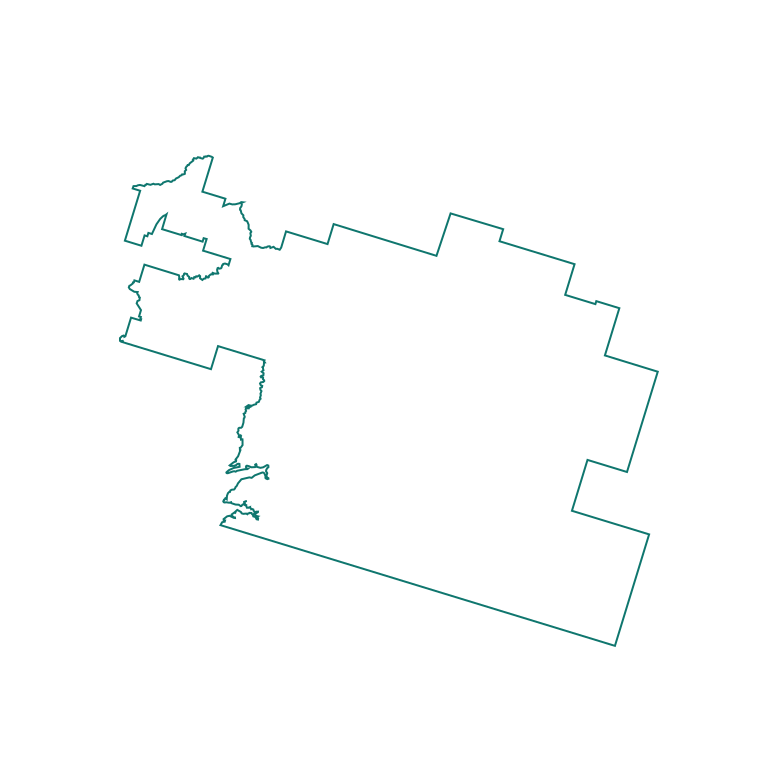 outline of Victoria Daly, Northern Territory, Australia, rotated 287°
{"feature_id": "25037944B16072859725230", "entity_name": "Victoria Daly", "entity_type": "district", "adm_level": 2, "iso_a3": "AUS", "parent_name": "Australia", "parent_adm1": "Northern Territory", "projection": "mercator", "projection_center": [130.631, -15.929], "detail": "fine", "context": "isolated", "style": "outline", "palette": "teal", "viewbox_px": 768, "rotation_deg": 287, "n_neighbors": 0, "source": "geoboundaries", "source_scale": "gbopen_adm2", "svg_char_len": 6143}
<svg xmlns="http://www.w3.org/2000/svg" viewBox="0 0 768 768"><g transform="rotate(287 384 384)"><path d="M201.1,681.4L317.7,681.5L317.7,600.8L370.9,600.8L370.9,642.1L475.8,642.2L475.9,586.9L525.3,586.9L525.3,562.8L522.2,562.8L522.2,531.2L554.3,531.2L554.3,452.7L566.9,452.7L566.6,397.8L521.9,396.7L522.2,289.1L501.3,289.1L501.3,245.7L484.4,245.8L481.9,245.0L482.1,242.4L481.6,241.0L482.9,238.3L480.9,235.6L482.2,234.7L482.2,234.0L481.3,232.3L480.3,231.7L479.9,230.3L478.7,228.6L478.4,226.6L479.0,223.0L477.3,218.8L477.5,218.5L477.3,217.7L478.8,217.4L479.3,216.2L480.3,216.4L481.0,215.3L482.8,214.3L483.6,213.2L485.0,213.0L486.8,213.3L489.2,212.1L490.7,212.6L491.8,211.5L492.9,209.1L496.7,208.0L499.0,206.1L499.7,205.3L499.9,202.9L501.0,202.5L502.5,200.6L504.2,200.2L505.5,197.8L508.2,196.2L508.5,195.4L510.2,195.0L512.1,195.7L514.0,195.6L515.3,194.5L516.5,195.9L516.2,194.3L514.7,193.1L512.4,189.3L511.4,186.4L511.3,183.4L507.0,178.2L514.8,178.2L514.8,154.1L550.5,154.1L550.9,152.8L551.0,149.6L550.6,148.8L549.6,148.1L549.7,147.2L549.1,146.7L548.9,145.6L547.0,145.2L546.5,144.7L546.4,142.2L546.8,141.7L546.4,141.0L546.5,139.8L544.7,138.7L544.4,136.2L542.7,135.7L542.5,136.2L541.9,136.3L538.2,133.7L536.4,133.3L536.0,132.2L535.0,132.1L534.2,131.5L532.3,131.1L530.9,132.2L529.2,131.3L526.8,132.1L525.9,131.1L525.4,129.6L524.4,129.4L523.6,128.2L521.7,127.2L519.7,125.0L517.7,124.2L516.8,122.5L515.3,121.8L514.9,120.7L515.1,118.7L514.5,117.2L512.0,113.9L510.7,113.5L508.9,111.7L509.3,110.1L507.9,106.4L508.1,105.0L506.2,102.4L506.0,98.7L505.0,98.3L504.8,97.6L503.2,97.1L503.0,92.4L502.1,90.6L500.9,89.3L500.0,86.6L497.5,86.5L497.5,94.3L445.3,94.3L445.3,111.6L456.1,111.6L456.1,114.5L459.6,114.5L459.6,118.2L470.2,119.7L476.4,121.7L479.8,123.6L481.0,124.7L481.0,125.2L482.7,126.4L467.2,126.5L467.2,146.8L468.5,146.7L468.5,147.5L468.1,147.9L469.7,150.0L467.2,149.9L467.1,168.9L470.7,168.9L470.8,172.0L458.6,172.0L458.6,200.6L452.1,200.6L452.7,199.4L452.7,196.8L452.4,196.1L451.7,195.1L451.0,195.2L450.2,194.5L447.7,194.6L446.9,194.2L446.1,192.6L446.6,191.5L446.2,191.0L444.4,191.0L442.6,191.9L441.4,193.2L441.1,193.1L440.1,189.8L440.2,187.6L439.5,187.5L439.1,188.4L438.8,188.4L438.1,186.2L436.2,185.0L434.9,185.2L434.4,184.8L434.3,184.0L435.1,182.8L435.0,182.3L432.7,182.4L431.9,180.8L430.4,179.9L431.3,177.2L433.4,176.6L433.9,175.5L432.3,174.3L432.1,172.9L430.9,172.6L430.8,171.3L429.0,171.1L429.0,168.8L427.9,168.2L427.6,167.6L427.9,166.9L429.5,166.3L430.2,164.5L431.6,163.5L431.4,160.9L430.9,160.6L429.3,160.7L428.1,159.8L426.1,161.5L425.5,161.4L425.0,159.1L423.5,157.2L424.3,157.6L425.3,157.1L425.9,157.2L428.0,156.1L428.1,120.0L410.1,120.0L410.1,115.0L408.1,115.1L407.7,114.2L406.7,114.4L404.0,112.5L403.5,111.8L401.8,111.7L400.5,113.1L399.2,118.2L399.9,121.5L398.7,121.4L397.5,122.4L397.0,123.5L395.5,124.3L395.3,125.2L392.6,125.6L391.3,124.0L388.8,123.9L383.6,130.0L377.0,130.0L377.0,131.9L375.0,131.9L375.0,132.8L373.6,132.8L373.5,122.7L354.0,122.7L353.2,121.9L354.1,121.4L354.2,120.8L353.1,119.4L350.7,118.1L348.1,118.9L347.9,119.5L348.9,121.5L348.7,121.7L347.6,121.2L347.6,214.2L371.7,214.2L371.7,262.7L370.8,262.4L369.7,263.8L369.3,263.0L366.3,263.7L364.6,262.8L364.3,263.5L362.9,264.0L362.0,264.7L360.0,263.4L359.1,265.7L357.0,266.1L355.8,264.2L354.9,263.9L354.4,264.6L355.0,265.5L354.7,266.5L353.2,266.9L352.5,268.3L351.8,268.6L350.7,268.0L349.5,265.7L348.2,265.3L346.9,266.4L346.6,268.1L345.2,268.2L344.1,266.8L343.7,266.8L342.2,267.6L341.4,268.9L338.5,268.7L337.3,269.5L334.9,269.4L333.8,270.3L332.9,269.7L330.3,269.5L328.9,267.5L327.3,267.6L325.9,265.3L324.9,264.5L324.5,263.4L323.5,263.3L322.8,262.5L324.3,262.1L324.2,260.6L322.8,259.5L323.2,260.5L322.0,261.8L321.2,261.8L320.7,260.3L321.8,259.7L321.1,259.1L319.1,259.1L317.9,260.0L316.7,259.6L315.7,259.8L314.5,258.5L311.9,260.4L310.9,260.4L310.2,260.0L305.9,260.9L301.6,260.9L300.4,260.2L299.8,258.4L299.2,257.9L298.4,257.8L296.8,258.5L294.9,257.9L292.7,260.3L290.8,260.5L290.8,261.5L292.1,261.1L293.0,261.9L292.6,262.5L291.8,262.4L289.0,263.5L289.7,264.8L289.3,265.0L284.2,266.6L281.1,265.5L280.8,264.8L278.3,265.7L278.4,266.0L272.2,265.6L268.4,264.1L268.0,264.2L267.9,264.9L266.7,265.1L265.2,263.1L261.0,260.2L260.7,261.1L261.9,264.6L263.3,266.4L264.7,267.2L265.3,268.5L265.3,269.1L262.6,270.1L259.7,264.7L256.3,260.9L253.6,259.2L253.1,259.2L252.8,259.7L253.0,260.7L256.2,265.1L256.8,266.4L256.8,267.8L258.0,268.8L261.7,275.6L262.7,278.3L263.3,278.7L263.0,277.2L264.3,276.2L265.4,276.3L265.8,276.8L265.9,278.8L265.6,281.6L266.9,285.1L267.5,285.5L269.2,284.4L270.0,285.1L269.7,285.5L269.1,285.3L268.4,286.2L267.6,286.4L267.7,290.3L269.0,292.8L272.3,295.9L272.2,297.2L270.7,297.8L269.3,296.9L267.4,296.5L266.1,296.7L264.6,298.4L261.5,298.4L260.3,300.0L260.2,300.9L259.6,301.2L258.9,300.2L259.2,298.5L259.6,298.0L260.4,298.0L261.9,297.1L263.6,295.7L264.0,294.6L263.8,293.5L258.8,287.1L255.6,284.9L255.3,282.5L251.2,275.5L246.3,273.4L243.6,273.0L243.5,273.8L243.5,273.0L241.8,272.1L240.6,272.1L239.2,271.4L238.5,269.5L237.4,268.3L235.8,268.2L235.8,267.7L234.0,266.7L231.2,266.5L227.8,267.3L228.4,265.7L226.4,265.2L226.1,266.0L226.3,264.8L224.8,264.6L224.1,265.3L224.1,266.3L224.8,267.8L225.2,270.7L226.2,272.3L225.5,272.6L225.4,273.7L225.3,277.2L226.1,280.4L225.3,282.7L225.6,283.3L227.2,283.9L228.6,285.4L230.3,284.7L231.5,286.2L232.4,285.8L231.5,286.3L230.0,285.0L228.2,286.5L227.7,288.5L227.8,287.0L228.3,286.0L227.7,285.5L227.2,287.9L225.6,289.1L225.9,290.2L227.0,291.7L226.6,291.7L226.8,292.1L225.5,293.5L225.9,293.7L225.8,295.7L224.7,296.3L223.5,298.4L224.6,299.2L225.1,300.8L224.5,300.9L222.5,298.9L221.4,299.0L222.2,297.7L221.8,297.6L220.5,300.6L220.6,302.2L219.8,301.5L218.8,302.9L217.5,303.1L217.4,301.7L219.2,300.0L219.2,297.7L220.3,297.1L221.3,295.4L221.9,295.0L221.4,292.9L220.7,292.6L220.3,291.7L219.5,291.4L219.8,290.1L218.7,287.4L218.7,285.7L219.8,284.5L220.7,280.5L217.5,278.6L217.4,279.6L217.0,280.1L217.4,278.5L214.6,276.4L213.8,276.8L212.6,279.3L212.8,280.5L212.3,280.7L212.1,279.5L212.8,274.8L211.6,272.7L207.9,270.1L206.7,270.6L207.0,271.9L205.7,271.9L205.6,271.3L204.4,269.6L201.2,268.9L201.1,681.4Z" fill="none" stroke="#0f766e" stroke-width="2"/></g></svg>